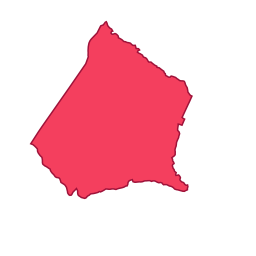 Passagem Franca, Maranhão, Brazil, rotated 116°
{"feature_id": "56859067B615678742471", "entity_name": "Passagem Franca", "entity_type": "district", "adm_level": 2, "iso_a3": "BRA", "parent_name": "Brazil", "parent_adm1": "Maranhão", "projection": "albers", "projection_center": [-43.757, -6.116], "detail": "fine", "context": "isolated", "style": "filled", "palette": "rose", "viewbox_px": 256, "rotation_deg": 116, "n_neighbors": 0, "source": "geoboundaries", "source_scale": "gbopen_adm2", "svg_char_len": 3217}
<svg xmlns="http://www.w3.org/2000/svg" viewBox="0 0 256 256"><g transform="rotate(116 128 128)"><path d="M71.3,84.5L71.3,86.1L70.9,87.2L69.4,89.9L67.9,90.9L67.0,91.6L66.0,92.3L65.0,93.7L64.4,94.7L63.3,95.8L62.1,96.9L61.4,97.9L61.5,99.0L62.4,101.1L62.7,102.3L62.3,104.3L62.2,105.6L61.7,107.3L62.0,110.2L62.4,112.0L64.0,112.6L64.5,113.9L64.3,115.6L64.3,117.2L62.8,118.3L62.5,119.5L61.3,120.7L61.0,122.5L60.6,124.5L60.2,126.5L60.8,128.5L59.8,129.2L59.8,130.4L59.8,131.8L59.4,133.1L59.3,134.2L58.7,135.9L59.0,137.0L59.6,138.0L59.1,139.3L58.3,140.4L57.4,141.9L57.2,143.1L57.4,144.4L57.3,145.6L56.2,146.9L55.9,149.5L56.0,151.2L55.7,152.8L54.3,152.9L52.8,151.8L52.1,153.3L53.0,155.5L52.1,156.3L50.5,157.7L51.6,159.8L51.3,161.4L50.7,162.9L51.0,164.7L51.5,166.1L51.6,168.2L52.1,169.8L51.4,171.7L51.2,173.1L51.1,174.6L51.1,176.2L49.7,177.0L49.2,178.1L48.7,179.6L48.8,181.2L49.9,182.2L50.7,183.4L50.1,185.0L48.4,185.1L47.6,184.2L46.3,186.1L46.1,188.2L45.3,190.3L44.6,191.4L43.0,192.8L42.0,194.1L42.9,194.8L44.1,195.0L46.1,195.4L48.2,197.3L56.1,197.4L62.6,199.5L64.6,200.1L66.6,200.4L68.7,200.3L70.0,200.0L72.4,199.3L76.2,197.7L77.6,196.9L78.7,196.4L80.3,195.7L81.4,194.9L88.8,194.1L117.2,198.4L164.4,205.9L170.6,206.8L184.8,208.5L184.6,206.2L185.1,204.1L185.8,202.1L186.5,200.3L188.7,199.0L189.8,197.7L190.8,195.9L191.4,194.6L192.1,192.5L193.7,191.3L194.7,190.7L196.9,189.6L197.9,188.6L198.5,186.2L198.5,184.4L198.8,182.4L199.0,181.2L199.1,179.9L200.2,179.1L201.0,177.9L202.0,175.9L202.3,174.6L203.7,172.0L203.8,170.6L203.1,168.3L203.7,166.8L205.4,165.2L206.3,164.4L206.7,160.7L207.0,159.5L207.7,158.3L208.4,157.2L211.8,154.4L212.8,153.8L213.9,152.1L214.0,150.7L213.1,149.5L211.5,149.3L210.1,149.4L208.5,148.9L207.0,148.4L205.0,147.8L206.6,145.7L208.6,144.7L210.0,143.6L210.5,142.3L210.6,141.2L210.9,139.5L210.2,136.0L209.0,135.0L207.1,134.6L205.2,133.3L203.7,132.8L202.8,131.5L201.9,130.1L201.1,129.1L200.0,127.8L199.0,126.7L197.7,126.0L197.5,124.7L196.2,123.6L194.2,122.2L192.6,121.3L192.1,120.2L191.5,118.5L191.0,117.4L189.8,115.7L189.1,114.3L188.5,111.9L187.3,110.8L186.2,109.6L184.4,107.3L182.9,105.7L181.2,104.6L180.4,103.4L178.7,103.5L176.9,104.1L175.2,103.9L174.0,103.1L172.5,101.5L174.1,99.9L173.7,97.9L172.4,95.8L171.6,94.5L170.7,92.6L169.8,91.3L168.9,90.5L168.1,89.7L167.4,88.3L166.5,86.8L165.7,85.2L165.7,83.5L164.7,82.5L164.0,81.3L163.8,79.9L163.9,77.9L163.7,76.2L162.7,74.9L162.5,73.4L163.1,72.3L163.4,71.1L162.7,70.1L161.9,68.2L162.0,65.4L161.6,64.0L161.5,62.9L161.7,61.1L162.4,59.4L162.2,57.6L161.7,55.9L161.3,53.5L160.8,51.0L160.2,49.6L158.8,48.6L157.5,47.5L156.0,48.2L154.5,48.4L153.1,49.5L154.0,50.6L153.8,52.2L153.0,53.3L152.7,54.7L152.9,56.4L152.1,58.2L151.3,58.9L149.8,59.0L148.8,60.1L148.0,61.9L149.0,63.2L149.6,64.2L148.7,64.9L147.0,65.1L146.5,67.2L145.1,68.4L144.5,69.7L142.5,71.6L141.2,71.8L139.8,71.0L138.8,71.9L138.0,73.4L136.5,74.3L135.5,75.6L132.8,74.2L131.4,73.9L128.7,75.1L127.1,76.2L124.8,76.7L123.3,76.8L121.7,77.3L119.9,78.0L118.2,78.2L116.2,78.3L114.5,78.3L113.2,78.7L110.5,79.1L109.2,80.3L108.3,82.4L106.5,83.2L104.9,83.7L103.8,84.0L102.5,84.6L102.2,83.5L101.8,80.7L95.2,81.0L95.2,82.5L94.8,84.0L80.4,84.3L77.8,84.3L71.3,84.5Z" fill="#f43f5e" stroke="#9f1239" stroke-width="1.5"/></g></svg>